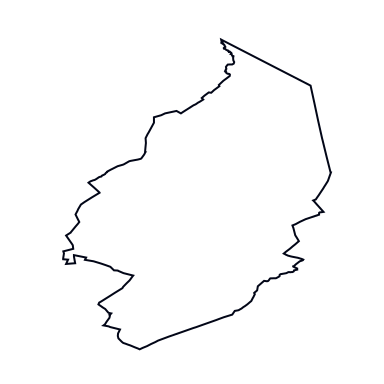 outline of Matīšu pag., Burtnieku, Latvia, rotated 348°
{"feature_id": "27541924B27185019990533", "entity_name": "Matīšu pag.", "entity_type": "district", "adm_level": 2, "iso_a3": "LVA", "parent_name": "Latvia", "parent_adm1": "Burtnieku", "projection": "equal_earth", "projection_center": [25.147, 57.72], "detail": "fine", "context": "isolated", "style": "outline", "palette": "ink", "viewbox_px": 384, "rotation_deg": 348, "n_neighbors": 0, "source": "geoboundaries", "source_scale": "gbopen_adm2", "svg_char_len": 5525}
<svg xmlns="http://www.w3.org/2000/svg" viewBox="0 0 384 384"><g transform="rotate(348 192 192)"><path d="M117.9,153.1L117.4,153.2L116.4,153.5L114.7,154.0L113.9,154.2L113.1,154.5L113.1,154.9L112.4,155.2L111.6,155.5L111.1,156.0L110.7,156.4L110.4,156.5L109.8,156.7L107.3,157.3L106.6,158.0L105.4,158.0L104.0,158.2L101.4,159.3L99.9,159.8L99.1,160.0L97.9,160.0L96.7,160.2L96.1,160.3L95.9,160.3L95.7,160.3L94.6,160.6L93.3,161.1L93.1,161.2L92.7,161.4L97.2,167.4L101.5,173.4L101.5,173.5L95.7,175.5L93.1,176.4L84.7,179.5L80.7,181.2L77.2,185.0L75.6,187.2L75.1,187.7L73.4,189.8L74.6,194.5L75.5,197.9L73.9,199.3L71.0,201.5L65.1,206.2L64.9,206.5L64.3,206.7L59.8,208.4L64.1,218.6L64.3,219.3L64.3,219.6L64.0,222.9L53.8,223.3L54.0,225.4L52.1,230.4L52.0,231.0L56.7,232.4L53.9,236.2L60.0,237.0L62.9,237.4L63.1,230.7L63.4,229.2L74.8,234.1L73.2,236.1L81.3,239.3L88.2,243.1L92.4,245.6L96.6,248.2L99.4,252.4L103.1,253.4L103.3,253.7L108.1,257.1L117.1,261.5L115.9,262.5L113.7,264.5L112.4,265.6L109.2,267.6L105.9,269.8L104.9,270.5L104.3,271.2L103.9,271.6L101.1,272.6L95.5,274.6L90.2,276.6L85.0,278.5L80.1,280.3L78.2,280.9L77.1,282.5L80.3,285.9L80.3,286.0L82.8,288.4L83.4,289.5L84.4,291.4L85.2,292.8L86.4,293.4L87.8,294.0L87.7,294.1L85.8,295.0L86.2,295.4L85.1,297.9L81.5,301.1L79.4,303.3L77.7,304.1L82.5,306.1L83.9,307.1L93.0,311.5L91.2,313.8L90.3,314.9L89.5,317.4L89.6,319.9L92.3,324.1L92.6,324.4L93.1,325.1L93.6,325.5L95.5,326.6L97.5,327.9L99.7,329.2L103.6,331.9L106.8,334.0L108.1,335.0L111.5,334.2L116.0,333.4L120.3,332.2L124.8,331.2L127.9,330.3L139.4,328.6L150.5,327.2L165.3,325.3L167.6,325.1L175.1,324.1L188.9,322.3L192.2,321.8L197.1,321.1L205.9,320.3L209.1,317.2L212.0,317.3L212.6,317.3L212.9,317.3L213.0,317.3L214.8,316.7L216.2,316.3L218.4,315.2L219.9,314.7L222.8,313.4L225.9,311.7L227.3,311.0L229.3,308.5L230.6,307.1L230.9,306.6L232.1,305.2L232.2,304.9L231.8,303.7L233.1,302.9L233.5,302.8L233.6,302.7L235.2,301.8L235.3,301.7L236.8,297.9L237.0,297.8L237.7,297.4L239.7,296.3L244.0,293.9L246.8,294.9L247.0,294.9L247.8,294.9L248.7,294.4L250.3,292.9L250.7,292.8L251.5,292.9L256.1,293.8L256.7,293.7L257.7,293.4L259.4,292.9L260.1,292.6L260.4,291.6L260.5,291.3L260.9,291.1L261.4,290.8L261.8,290.8L267.0,291.0L267.4,291.0L269.3,290.5L269.6,290.4L270.9,290.7L271.3,290.9L272.5,291.0L273.7,291.2L275.0,290.8L275.5,289.9L278.3,289.8L278.8,289.8L278.9,289.1L279.0,288.7L278.4,288.3L275.5,286.0L275.5,285.8L275.9,285.8L276.6,285.5L278.1,284.6L278.8,284.2L280.5,283.4L281.9,282.7L282.4,282.5L283.1,282.2L283.6,282.1L285.1,282.0L286.4,281.7L286.8,281.3L286.5,281.1L285.7,280.5L285.3,280.2L284.8,280.0L283.9,279.5L282.5,278.7L281.5,278.2L280.5,277.8L276.5,276.1L275.4,275.6L275.0,275.4L274.0,274.9L273.3,274.5L272.8,274.3L272.4,274.0L271.6,273.4L271.1,273.1L270.8,272.8L269.0,271.3L271.2,270.1L275.7,268.0L277.4,267.1L279.0,266.2L282.0,264.7L286.3,262.3L285.8,260.8L285.4,259.6L284.9,258.2L284.0,255.8L283.7,248.4L283.3,245.6L286.7,245.0L291.4,243.6L297.5,242.2L311.4,240.6L311.6,240.6L311.9,239.1L312.0,238.8L312.3,238.6L312.7,238.5L313.6,238.6L314.7,238.7L316.2,238.8L316.5,238.8L311.5,230.1L309.6,226.7L308.8,225.5L311.6,225.0L312.8,223.8L314.3,222.4L315.2,221.6L316.8,220.0L320.4,216.5L321.3,215.6L322.1,214.7L322.5,214.3L323.9,212.9L327.0,209.7L327.5,209.0L328.3,207.7L330.2,204.6L332.0,201.7L331.6,201.5L331.0,185.8L330.5,168.9L330.4,166.6L330.2,148.5L330.2,130.4L330.1,112.6L252.2,49.0L252.2,49.4L252.3,49.6L252.4,50.1L252.2,50.1L252.2,50.3L252.4,50.3L252.8,50.4L252.8,50.5L252.7,50.6L252.9,50.7L253.0,51.0L252.8,51.4L252.2,51.5L252.1,51.8L251.9,52.0L251.7,52.2L251.8,52.3L252.3,52.6L252.7,52.6L253.0,52.6L253.3,52.9L253.3,53.0L253.1,53.1L252.8,53.1L252.7,53.3L252.8,53.4L253.0,53.6L253.5,53.8L253.6,54.2L253.9,54.4L254.1,54.6L254.2,54.8L254.1,55.0L254.2,55.4L254.4,55.9L254.5,56.1L254.7,56.5L254.8,56.8L254.8,57.0L254.5,57.1L253.4,57.5L253.0,57.8L253.0,58.0L253.0,58.4L253.3,58.6L253.6,58.5L253.6,58.2L253.9,58.1L254.0,58.3L254.2,58.9L254.5,59.4L254.8,59.7L255.0,60.1L255.6,60.5L256.0,60.7L256.2,61.0L256.3,61.2L256.8,61.2L257.0,61.5L257.0,62.0L257.5,62.2L257.7,62.3L257.6,62.5L257.2,62.6L257.2,62.8L257.4,62.9L257.8,62.9L258.3,62.8L258.5,63.0L258.6,63.3L258.8,63.6L259.0,63.9L259.3,64.0L259.2,64.4L258.9,64.9L258.7,65.1L259.0,65.2L259.4,65.2L259.5,65.3L259.3,65.6L259.4,65.9L259.4,66.1L259.5,66.4L259.5,66.6L259.6,66.8L259.7,67.0L259.8,67.2L259.9,67.3L259.9,67.5L260.3,67.5L260.5,67.6L260.8,67.7L260.8,67.8L260.6,68.2L260.4,68.7L260.3,68.9L260.1,69.3L259.8,71.8L260.3,73.7L259.5,75.1L257.8,75.6L255.4,75.1L253.5,74.8L252.3,75.7L251.2,76.7L251.2,78.7L250.7,79.0L250.6,79.3L250.3,79.6L250.2,79.7L250.2,79.8L250.3,80.0L249.6,80.5L249.4,80.7L249.8,81.4L250.0,81.5L249.9,81.6L250.2,81.9L250.2,82.0L250.3,82.3L250.3,82.6L250.6,83.0L250.9,83.3L251.2,83.5L251.4,83.6L251.5,83.7L251.6,83.8L252.1,83.9L252.3,84.0L252.6,84.1L252.8,84.3L253.1,84.4L253.2,84.5L253.3,84.6L253.4,84.8L253.5,85.1L253.0,86.4L245.8,89.7L240.5,92.9L240.8,94.2L235.5,96.6L235.0,96.8L234.5,97.1L233.3,97.8L231.5,98.9L231.1,98.8L229.1,98.1L226.5,99.3L224.3,100.3L221.1,102.1L222.2,103.9L217.9,105.5L216.9,105.7L213.8,107.0L211.5,107.5L199.7,111.9L197.5,112.8L193.7,109.5L182.0,109.5L179.5,110.1L177.8,110.5L170.3,111.0L169.2,116.3L162.1,124.6L160.4,126.4L157.8,129.7L157.1,134.5L155.7,138.9L154.2,143.8L154.3,143.8L154.2,143.9L153.2,145.2L152.9,145.5L149.9,148.2L149.3,148.7L148.9,148.8L148.3,148.9L145.9,149.0L145.5,149.0L142.1,148.9L138.1,148.8L136.9,148.9L131.3,150.7L130.4,150.9L129.2,151.0L124.7,151.3L123.9,151.5L117.9,153.1Z" fill="none" stroke="#020617" stroke-width="2"/></g></svg>